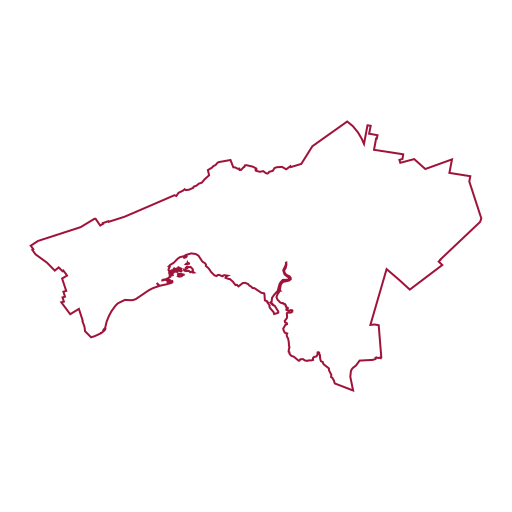 outline of Brighton, Tasmania, Australia
{"feature_id": "25037944B48970679767962", "entity_name": "Brighton", "entity_type": "district", "adm_level": 2, "iso_a3": "AUS", "parent_name": "Australia", "parent_adm1": "Tasmania", "projection": "natural_earth1", "projection_center": [147.219, -42.727], "detail": "fine", "context": "isolated", "style": "outline", "palette": "rose", "viewbox_px": 512, "rotation_deg": 0, "n_neighbors": 0, "source": "geoboundaries", "source_scale": "gbopen_adm2", "svg_char_len": 6105}
<svg xmlns="http://www.w3.org/2000/svg" viewBox="0 0 512 512"><path d="M470.3,176.2L449.4,172.9L452.0,159.4L425.3,169.0L414.2,159.1L400.3,162.8L399.4,159.9L402.5,158.9L403.2,154.3L374.0,149.8L376.1,138.5L376.8,138.6L377.5,135.2L369.1,133.7L370.7,125.8L367.5,125.3L364.0,143.9L361.7,138.7L357.9,132.3L352.8,126.1L347.2,121.5L312.4,146.2L301.3,163.9L290.8,167.1L290.4,166.2L286.2,169.3L282.1,166.9L276.9,167.2L274.6,168.0L272.7,170.9L269.2,171.8L268.2,173.2L267.3,173.5L265.8,173.1L263.2,171.1L260.0,171.8L256.0,170.8L255.5,170.0L256.5,169.1L256.3,168.5L252.6,166.6L246.4,165.2L244.9,165.4L244.4,166.9L243.8,167.0L241.1,169.9L239.6,170.0L239.3,168.6L237.8,168.8L235.1,167.4L233.3,167.3L230.5,160.0L218.8,162.1L217.5,162.8L215.5,165.1L213.5,166.0L212.0,167.6L207.9,170.1L209.1,175.3L204.5,179.4L201.9,182.6L198.8,183.7L196.4,185.7L194.0,186.5L193.5,186.9L193.3,187.8L189.0,189.7L185.7,190.1L184.7,189.2L182.9,190.7L178.5,192.8L176.3,196.0L174.5,195.2L124.4,216.8L108.7,221.8L108.4,221.2L102.8,223.1L103.1,223.8L100.2,225.5L95.6,218.8L94.6,218.7L80.7,227.1L38.1,240.9L30.7,245.7L33.3,249.2L32.3,249.9L35.6,254.4L47.0,262.7L54.8,270.6L58.7,267.4L62.5,271.2L63.3,270.5L66.4,274.6L67.0,275.6L62.1,278.5L66.2,290.9L63.4,291.7L65.0,296.7L62.5,297.4L63.9,301.6L61.3,302.3L70.2,314.2L78.9,308.9L82.7,320.6L82.4,321.1L84.4,326.5L85.1,331.3L91.1,337.3L94.6,336.2L100.1,333.7L100.7,333.0L101.3,333.1L104.7,330.2L105.7,328.1L103.1,330.7L102.6,330.8L103.9,329.8L103.9,329.3L105.2,327.8L106.6,321.7L109.0,315.8L111.6,311.0L115.4,305.8L117.9,303.3L124.9,299.9L130.5,300.2L132.8,300.1L135.8,299.1L148.9,290.2L153.0,288.1L159.1,286.0L156.7,283.0L159.6,285.8L167.0,284.2L171.7,282.8L172.5,281.9L172.2,281.0L170.6,281.2L168.7,282.4L168.5,282.2L168.8,281.6L167.8,281.8L167.9,281.4L167.5,281.1L169.1,281.0L169.4,280.6L167.7,280.7L167.7,280.2L169.4,280.2L169.4,279.8L168.9,279.6L166.3,279.4L161.4,280.7L163.5,279.8L162.5,279.7L165.2,279.5L166.7,278.8L166.9,279.2L167.7,279.1L168.6,277.6L170.2,276.9L169.8,276.0L171.4,275.5L170.7,274.7L169.8,274.5L169.2,273.5L169.2,270.7L168.5,270.0L168.5,269.4L169.7,266.9L168.7,266.5L170.2,264.9L173.7,262.8L177.8,258.6L179.9,257.2L183.9,256.2L186.1,254.9L191.2,253.4L195.7,254.0L198.5,255.7L202.3,261.5L205.3,263.5L206.0,264.8L205.8,265.9L208.6,268.3L211.2,272.1L214.5,275.4L216.6,276.0L217.4,275.2L218.9,274.8L222.3,276.3L222.9,276.1L223.3,275.4L224.4,275.2L227.7,275.7L226.1,276.5L225.5,277.8L228.7,279.0L229.8,279.0L232.8,281.6L235.5,285.1L236.9,284.8L238.5,286.4L242.7,283.1L245.0,282.8L248.0,284.0L249.4,285.6L250.9,286.4L252.5,288.0L254.5,288.2L261.4,292.8L264.1,293.3L264.4,293.8L264.9,300.4L266.9,301.1L267.4,301.7L267.3,302.3L267.8,302.5L267.7,302.8L269.6,305.5L269.4,306.5L270.0,308.0L273.6,312.2L274.1,314.0L277.8,313.0L278.3,312.5L278.3,311.5L274.8,305.9L272.9,305.1L271.9,304.1L272.6,304.1L271.6,303.1L271.5,302.3L270.8,302.2L271.6,301.5L272.1,297.7L274.3,294.6L277.7,290.9L279.5,284.2L280.5,282.4L282.8,279.9L287.6,279.8L289.4,279.1L289.3,278.1L284.6,274.4L283.4,271.1L283.3,270.0L285.6,265.4L286.0,264.0L285.9,262.8L286.3,262.6L286.4,264.9L285.6,268.0L284.2,270.3L284.3,271.5L285.0,273.4L286.3,274.8L289.6,276.4L290.6,277.7L290.8,279.1L289.2,280.5L283.1,281.9L281.5,283.5L280.7,285.1L279.8,290.3L280.1,290.6L279.7,290.6L279.6,291.3L277.7,293.9L276.6,296.5L276.5,297.3L277.6,299.8L280.3,302.5L281.5,303.1L282.9,303.0L283.4,303.8L284.8,303.9L285.4,305.2L285.9,305.4L285.8,306.6L287.9,308.0L287.7,308.8L286.4,309.1L286.4,309.9L288.9,310.8L290.6,310.1L291.9,310.1L292.4,310.6L292.2,311.8L291.5,312.0L291.0,312.6L287.3,312.7L286.8,313.3L287.1,316.7L286.8,318.2L284.7,321.0L285.1,322.4L286.7,323.0L287.0,324.2L285.3,325.0L283.2,328.7L283.6,330.4L284.8,332.7L287.2,333.5L286.7,334.6L286.7,335.5L287.4,337.5L288.1,338.4L288.8,342.3L289.0,346.0L289.5,347.2L289.0,348.6L288.6,351.7L289.5,352.3L289.4,353.6L291.1,355.7L294.0,356.8L298.6,360.7L299.4,360.6L300.3,359.3L302.9,359.1L305.0,360.5L307.4,360.9L308.8,360.3L310.8,360.5L313.1,359.9L312.9,358.3L313.1,357.8L314.3,356.8L316.0,356.6L316.6,356.1L317.4,355.1L317.6,352.4L318.5,352.2L319.2,352.7L319.1,353.8L319.9,354.9L320.1,358.3L320.9,361.2L322.8,362.0L323.1,363.3L323.8,364.4L328.9,368.4L329.1,370.5L331.3,374.8L331.1,377.0L332.3,377.8L334.1,380.9L334.3,382.2L334.9,383.5L353.1,390.5L350.3,376.8L350.9,371.1L351.6,369.5L352.9,367.9L356.0,365.5L359.6,360.6L372.6,359.9L375.4,359.1L375.8,358.7L375.6,357.7L376.5,357.4L378.5,358.1L379.8,357.6L380.8,358.2L381.3,357.4L378.7,325.2L374.6,324.5L370.4,324.9L386.6,269.1L399.3,280.0L409.8,289.6L442.3,265.0L438.7,261.6L440.5,259.8L440.3,259.6L480.1,221.9L481.3,218.4L469.3,181.5L470.3,176.2ZM186.2,268.7L185.5,269.6L184.1,269.4L184.0,270.0L184.5,270.7L186.3,271.1L187.9,270.7L188.1,271.0L189.0,271.0L190.3,272.3L191.4,271.7L193.0,272.6L193.9,272.5L192.4,271.4L192.9,270.8L192.7,269.1L190.5,266.9L188.7,267.3L188.0,266.8L186.8,266.9L187.0,268.1L186.0,268.0L186.2,268.7ZM177.2,272.1L177.9,270.9L177.4,270.5L178.2,270.6L177.9,269.9L179.3,269.2L180.4,269.6L179.8,271.0L181.2,271.4L181.6,270.9L180.6,270.3L181.0,269.7L180.5,269.3L181.2,268.7L178.4,267.3L178.2,267.8L178.7,268.5L177.5,268.5L177.5,269.8L176.3,268.8L175.1,270.2L175.5,269.2L174.2,268.3L173.9,268.6L174.2,269.3L173.3,269.8L173.6,270.3L172.7,270.5L172.4,272.0L173.2,272.8L173.6,272.6L173.7,271.8L174.0,271.5L174.9,271.7L175.4,270.5L175.7,270.6L175.7,271.5L177.2,271.4L176.8,271.8L177.2,272.1ZM182.9,275.0L182.4,274.6L182.8,274.4L180.5,273.8L179.1,274.7L178.8,274.4L179.1,273.8L178.4,273.8L177.9,274.7L178.1,275.2L178.9,275.5L178.1,276.2L179.3,276.7L181.6,276.2L182.3,275.6L182.1,275.2L182.9,275.0ZM185.5,255.7L183.5,256.9L184.2,257.8L185.8,257.4L186.7,256.3L186.5,255.8L185.5,255.7ZM169.3,273.2L170.2,274.2L171.1,274.1L171.6,274.8L172.5,274.9L172.0,273.8L171.0,273.0L170.3,273.5L169.4,272.7L169.3,273.2ZM171.1,271.1L171.1,270.6L170.3,270.9L170.4,271.7L171.7,272.8L171.5,273.0L171.7,273.4L172.3,273.4L172.0,272.7L172.3,272.2L171.9,271.3L171.1,271.1ZM185.9,264.1L187.5,264.3L188.0,263.7L187.6,262.9L187.4,263.9L186.3,263.7L185.9,264.1ZM189.8,263.8L188.2,263.0L188.4,263.7L189.8,263.8Z" fill="none" stroke="#9f1239" stroke-width="2"/></svg>